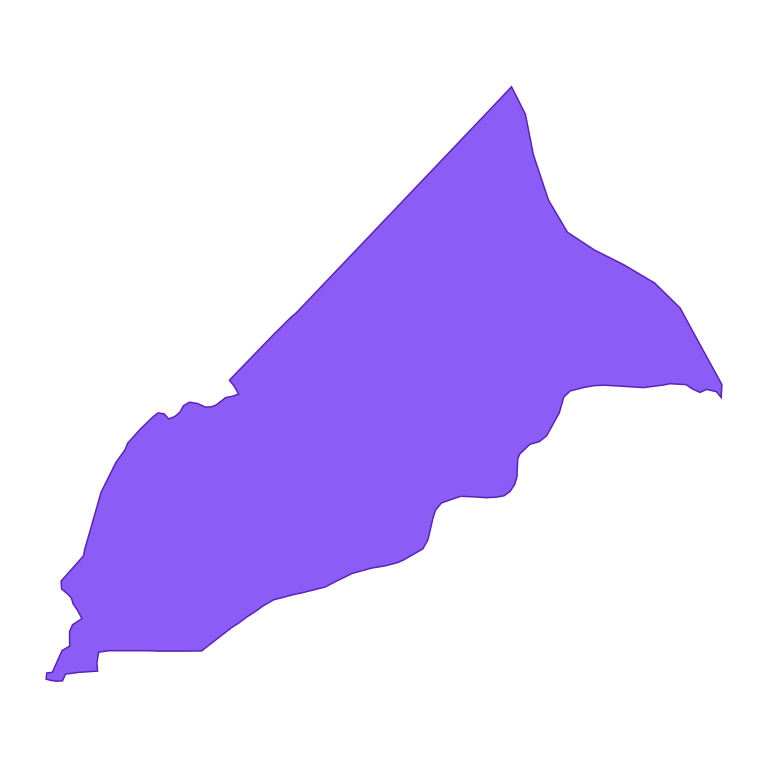 outline of Semienawi Mibrak, Maekel, Eritrea
{"feature_id": "51966322B97443185109629", "entity_name": "Semienawi Mibrak", "entity_type": "district", "adm_level": 2, "iso_a3": "ERI", "parent_name": "Eritrea", "parent_adm1": "Maekel", "projection": "robinson", "projection_center": [38.952, 15.353], "detail": "fine", "context": "isolated", "style": "filled", "palette": "violet", "viewbox_px": 768, "rotation_deg": 0, "n_neighbors": 0, "source": "geoboundaries", "source_scale": "gbopen_adm2", "svg_char_len": 1709}
<svg xmlns="http://www.w3.org/2000/svg" viewBox="0 0 768 768"><path d="M721.2,397.5L721.9,384.6L694.3,334.2L680.1,308.0L654.6,283.0L624.0,264.9L594.4,250.0L567.5,232.3L548.6,200.4L533.4,154.8L525.4,114.3L516.2,96.0L511.5,86.8L492.6,106.8L296.1,313.0L290.7,317.5L283.3,324.9L273.7,334.4L261.6,346.9L250.3,358.6L239.7,369.5L229.4,380.2L234.3,386.3L238.6,394.1L232.2,396.3L225.7,397.6L216.0,405.1L211.4,406.8L205.4,407.1L197.6,403.5L189.5,402.2L183.5,405.7L179.8,412.3L174.7,416.6L168.6,418.9L164.2,413.9L158.1,412.9L152.5,417.3L140.3,429.1L134.4,435.7L127.7,443.1L125.1,449.7L115.9,462.5L108.5,477.4L101.0,492.4L97.9,503.4L94.0,517.1L92.0,524.0L89.5,532.9L87.1,541.2L85.1,547.9L83.3,556.1L61.1,581.1L61.6,589.0L67.3,593.7L71.3,597.9L73.3,604.3L77.3,609.9L81.9,618.5L72.5,624.8L69.5,631.8L69.7,646.1L62.1,650.5L52.3,672.3L46.8,673.0L46.1,679.1L50.7,680.4L56.5,681.2L62.5,680.9L65.5,674.1L79.4,672.3L97.6,671.1L96.9,663.0L98.6,652.2L108.8,650.7L118.7,650.7L135.2,650.7L147.5,650.7L159.2,651.1L170.9,651.1L184.9,651.1L201.6,650.9L225.5,632.3L231.5,627.7L238.6,623.1L247.1,616.8L255.9,611.1L262.3,606.4L273.4,599.9L295.1,594.2L301.3,593.0L325.1,587.0L336.1,581.3L352.0,573.5L371.5,568.1L384.9,565.9L397.9,562.5L403.2,560.2L414.4,553.7L422.7,549.0L427.9,539.9L429.6,532.7L432.9,518.2L435.5,510.2L441.3,503.1L449.1,500.2L460.7,496.3L474.9,496.9L485.9,497.7L496.7,497.1L504.0,495.8L510.0,491.5L514.7,484.4L517.0,476.5L517.7,459.2L519.7,454.1L529.8,444.3L539.2,441.7L546.6,435.8L559.3,412.8L563.8,397.0L570.3,390.9L584.9,387.2L594.7,385.6L604.7,385.2L643.6,387.6L663.7,385.0L669.8,383.7L686.1,384.6L692.0,388.7L700.0,392.4L706.7,389.4L716.5,391.7L721.2,397.5Z" fill="#8b5cf6" stroke="#5b21b6" stroke-width="1.5"/></svg>